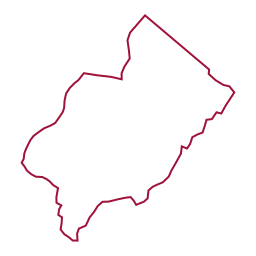 outline of Santo Antônio de Goiás, Goiás, Brazil
{"feature_id": "56859067B61095479911818", "entity_name": "Santo Antônio de Goiás", "entity_type": "district", "adm_level": 2, "iso_a3": "BRA", "parent_name": "Brazil", "parent_adm1": "Goiás", "projection": "albers", "projection_center": [-49.306, -16.477], "detail": "fine", "context": "isolated", "style": "outline", "palette": "rose", "viewbox_px": 256, "rotation_deg": 0, "n_neighbors": 0, "source": "geoboundaries", "source_scale": "gbopen_adm2", "svg_char_len": 1183}
<svg xmlns="http://www.w3.org/2000/svg" viewBox="0 0 256 256"><path d="M83.9,73.2L78.3,80.2L74.6,83.1L69.9,87.8L66.1,93.5L64.6,100.4L64.1,108.0L62.8,111.9L60.5,115.5L55.1,123.1L50.1,125.8L44.1,128.3L37.8,132.7L33.4,136.1L30.4,140.1L28.2,144.4L25.8,149.4L24.3,153.6L23.7,158.8L21.7,162.8L24.9,167.0L26.9,170.6L31.2,174.2L35.9,176.7L42.2,177.0L46.7,179.2L49.9,181.6L53.1,185.0L58.0,188.1L56.4,197.1L56.5,202.7L61.3,205.4L59.1,209.3L58.3,214.9L62.0,217.3L61.6,223.3L60.6,229.5L64.3,234.2L68.9,237.3L72.7,240.5L77.5,240.6L77.1,233.6L78.9,228.6L85.8,225.6L89.7,217.3L94.0,212.0L97.7,206.1L102.5,201.8L108.7,201.6L117.5,199.4L125.0,197.8L130.6,197.1L133.6,200.5L136.2,204.8L143.9,201.7L147.6,198.4L148.5,190.4L152.7,186.8L157.3,184.6L162.8,182.3L168.7,176.7L171.6,170.2L175.1,164.2L180.9,153.7L181.8,146.4L187.0,148.5L190.1,144.0L192.3,137.2L197.4,134.5L202.6,132.5L205.0,125.1L206.5,119.8L211.9,119.1L216.5,112.3L221.3,113.5L225.4,106.0L234.3,92.4L229.3,86.3L223.5,85.0L215.6,80.2L208.7,74.0L209.1,69.5L145.0,15.4L130.0,32.7L127.5,40.3L128.9,50.2L129.7,58.5L124.3,66.8L121.6,73.3L121.7,79.3L111.3,76.9L105.4,76.2L97.4,75.3L83.9,73.2Z" fill="none" stroke="#9f1239" stroke-width="2"/></svg>